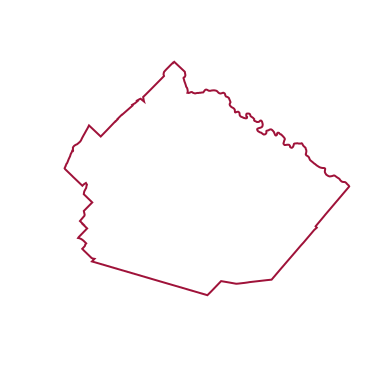 the district of West Torrens, South Australia, Australia, rotated 48°
{"feature_id": "25037944B76769094445269", "entity_name": "West Torrens", "entity_type": "district", "adm_level": 2, "iso_a3": "AUS", "parent_name": "Australia", "parent_adm1": "South Australia", "projection": "albers", "projection_center": [138.535, -34.943], "detail": "fine", "context": "isolated", "style": "outline", "palette": "rose", "viewbox_px": 384, "rotation_deg": 48, "n_neighbors": 0, "source": "geoboundaries", "source_scale": "gbopen_adm2", "svg_char_len": 5773}
<svg xmlns="http://www.w3.org/2000/svg" viewBox="0 0 384 384"><g transform="rotate(48 192 192)"><path d="M293.0,71.4L291.7,71.2L290.9,71.3L289.1,71.4L288.6,71.3L288.1,71.4L287.5,71.5L287.0,71.7L285.4,73.2L284.6,73.6L284.4,73.7L284.3,73.8L284.2,73.8L283.9,73.8L282.9,73.9L282.5,73.9L281.8,73.8L281.1,73.7L280.2,73.8L278.5,74.3L275.3,75.0L274.7,75.4L273.8,77.4L272.7,79.1L272.4,79.4L271.3,80.0L269.5,80.5L269.0,80.6L268.6,80.6L267.9,80.4L266.7,80.2L265.9,79.8L265.2,79.1L264.0,77.6L263.6,77.4L262.7,77.7L261.4,79.0L260.5,79.7L259.4,80.4L258.4,80.8L256.2,81.4L255.5,81.6L253.7,81.8L252.8,82.1L250.3,82.4L249.8,82.5L249.1,82.6L247.8,82.8L247.2,82.8L246.9,82.8L245.2,82.2L244.8,82.0L244.1,81.9L242.9,82.0L241.3,82.5L240.5,82.4L240.2,82.3L239.9,82.0L239.9,81.8L239.1,80.8L238.9,80.5L238.4,79.9L237.7,79.3L237.0,78.9L236.5,78.8L235.7,78.4L235.2,78.1L234.6,78.1L232.9,78.3L231.9,78.3L231.0,78.1L229.9,77.8L229.4,77.8L229.2,77.9L229.0,78.1L228.8,78.7L228.6,79.0L228.3,79.4L227.8,79.8L227.3,80.4L226.4,81.0L226.0,81.4L225.8,81.8L224.7,83.2L224.5,83.7L224.5,84.1L224.7,84.4L225.0,84.8L225.3,85.3L225.6,85.8L226.0,86.7L226.0,87.5L226.0,88.1L225.9,88.3L225.4,88.6L224.8,88.9L224.1,88.9L223.1,88.3L221.9,88.3L221.6,88.5L221.2,88.9L220.6,89.6L220.0,90.5L219.6,91.1L219.1,91.7L218.9,91.8L217.7,91.8L217.2,91.6L217.0,91.4L216.5,90.6L216.1,89.9L215.7,89.4L215.2,88.3L215.0,88.0L214.9,87.7L214.3,87.3L213.7,87.2L212.2,87.1L209.8,87.2L209.1,87.2L208.8,87.3L208.7,87.4L208.5,87.6L207.1,87.9L206.4,87.8L206.1,87.9L205.9,88.0L205.5,88.4L205.3,88.7L205.3,89.1L205.5,89.7L206.0,90.1L206.3,90.6L206.3,91.6L206.1,91.9L205.8,92.0L204.9,92.0L204.3,91.7L203.2,91.4L202.8,91.2L202.4,91.0L201.9,91.0L201.0,90.9L199.3,91.0L198.8,91.2L198.3,91.4L198.0,91.8L197.8,92.1L197.5,92.7L197.4,93.5L197.3,94.0L196.6,95.1L196.5,95.7L196.5,96.0L197.2,96.6L197.6,96.9L197.9,97.3L198.1,97.9L198.1,98.7L198.0,99.2L197.7,99.7L197.3,100.2L196.5,100.5L194.2,100.9L193.1,101.6L192.4,101.8L191.2,102.2L190.3,102.2L189.7,102.0L189.2,101.8L188.9,101.4L188.8,101.0L189.1,100.0L189.6,98.8L190.1,98.0L190.2,97.5L190.4,96.9L190.4,96.4L190.3,95.8L189.4,94.5L189.0,94.2L188.4,93.8L187.0,93.1L186.5,92.9L185.8,92.8L185.5,92.8L185.1,92.9L184.8,93.2L184.7,93.4L184.6,93.7L184.7,94.3L184.6,95.4L184.4,95.7L184.1,96.1L183.4,96.9L181.8,97.5L181.3,97.8L181.0,97.9L180.5,97.9L180.2,97.8L179.8,97.4L179.5,97.0L179.0,97.0L178.4,97.0L177.8,97.0L177.0,97.2L175.7,97.5L175.0,97.7L174.6,97.6L173.5,97.1L173.0,97.0L172.6,96.9L172.3,97.0L171.9,97.2L171.1,97.9L170.6,98.6L170.4,99.0L170.5,99.4L170.6,99.7L170.9,100.0L171.7,100.7L172.1,100.9L173.0,100.8L173.2,101.0L173.6,101.4L173.7,101.7L173.7,102.0L173.5,102.4L173.3,102.7L172.1,103.6L171.5,104.0L170.4,104.4L169.4,104.9L168.5,105.3L167.6,105.3L167.0,105.2L166.6,105.0L165.1,103.9L164.5,103.7L163.6,103.9L163.2,104.0L162.6,104.9L162.1,106.1L161.9,106.5L161.7,106.6L161.4,106.6L159.5,105.2L159.0,105.1L158.5,105.0L157.4,105.1L155.4,105.8L154.8,105.9L153.4,105.9L152.9,105.8L152.4,105.6L152.0,105.3L151.6,104.7L151.2,103.7L151.0,103.3L150.6,103.1L150.2,102.9L149.5,102.7L147.3,101.9L146.7,101.7L146.3,101.8L145.8,101.9L145.3,102.0L144.2,102.6L143.9,102.8L143.6,102.8L142.8,102.7L142.3,102.5L141.5,102.0L141.0,101.9L140.7,101.8L140.3,101.8L139.9,102.0L139.2,102.3L138.9,102.8L138.4,104.0L137.8,105.0L137.4,105.3L136.7,105.7L136.2,105.8L135.7,105.9L134.0,105.9L133.6,106.0L133.0,106.2L132.5,106.5L131.5,107.3L130.5,108.4L129.7,109.5L129.1,110.6L128.7,111.1L127.9,111.8L127.4,112.0L126.4,112.3L125.7,112.7L125.3,113.0L125.1,113.5L125.0,113.9L125.0,114.5L125.5,116.9L125.5,117.0L125.3,117.3L124.5,118.3L124.1,119.0L123.7,119.6L123.4,119.8L122.8,120.9L122.3,121.3L122.2,121.5L121.9,121.9L121.3,122.8L121.0,123.5L120.5,124.0L120.3,124.1L119.3,124.7L118.9,124.9L118.2,125.0L117.7,125.2L117.5,125.4L117.2,125.7L116.9,126.4L116.8,126.8L116.4,127.8L116.2,128.2L115.2,129.0L114.9,128.4L114.4,127.9L113.7,127.3L112.0,126.3L111.1,126.0L110.0,125.9L109.5,125.7L108.8,125.3L107.9,124.9L106.3,124.2L104.7,123.6L102.8,122.6L101.8,122.2L101.4,121.7L101.5,121.2L101.6,120.2L101.1,119.2L100.7,118.7L97.8,116.9L83.4,118.1L83.5,119.6L83.2,119.6L83.3,122.1L83.3,122.7L83.5,125.7L83.7,129.3L84.0,132.2L84.6,133.3L85.5,134.4L87.1,135.2L88.2,153.8L88.6,161.4L88.7,164.7L91.8,166.7L92.6,167.1L88.3,167.8L87.9,168.9L87.3,171.6L88.0,171.5L87.9,175.0L87.2,178.2L88.0,178.3L87.8,192.4L87.6,192.5L87.9,198.5L88.2,198.5L88.4,201.7L88.2,201.7L89.1,213.7L89.7,222.7L73.6,224.0L74.8,227.1L75.5,229.3L76.8,233.0L77.1,234.0L78.3,237.4L78.5,237.9L79.3,239.8L79.7,241.3L79.7,243.6L79.6,245.5L79.4,246.1L79.2,246.6L79.0,247.6L78.9,248.1L78.9,249.2L79.0,249.7L79.1,250.2L79.4,250.9L80.0,251.3L80.5,251.9L80.7,252.1L81.5,252.5L81.7,252.8L81.3,252.9L81.2,252.9L81.1,253.1L81.2,253.4L81.9,254.6L82.4,256.0L82.8,257.0L83.8,258.6L85.1,261.7L86.7,264.9L87.0,265.6L87.0,266.3L87.2,266.6L87.5,267.2L87.8,268.1L88.4,268.9L88.4,269.2L89.1,270.8L90.1,271.0L100.1,270.3L100.7,270.3L105.9,269.9L114.0,269.3L113.9,267.4L114.3,264.8L116.3,265.2L116.4,265.4L116.8,266.2L118.2,268.0L118.4,268.7L119.4,271.5L119.7,272.0L121.2,273.9L133.0,273.1L133.7,285.1L137.1,287.0L137.7,287.9L138.6,294.7L143.5,294.4L143.3,294.7L148.9,294.3L149.1,297.3L149.7,306.3L150.0,307.4L150.9,306.7L152.1,306.1L153.2,305.7L154.5,305.4L155.9,305.2L159.4,305.0L159.6,306.5L160.1,307.1L160.4,307.7L160.5,308.4L160.8,311.6L163.5,311.5L173.8,310.8L175.0,310.3L176.4,309.2L176.7,312.8L232.4,278.4L279.0,249.6L278.7,243.9L277.7,230.0L284.8,224.4L289.7,220.6L290.1,220.1L290.9,219.1L293.1,216.0L294.6,213.9L296.3,211.4L297.5,209.5L305.7,198.0L307.4,195.6L308.5,194.1L310.4,191.5L308.6,178.1L305.5,153.8L304.6,147.0L304.2,142.9L302.0,126.7L302.0,125.6L302.0,124.1L302.0,123.1L300.2,123.1L298.4,110.4L298.0,107.9L293.2,72.1L293.0,71.4Z" fill="none" stroke="#9f1239" stroke-width="2"/></g></svg>